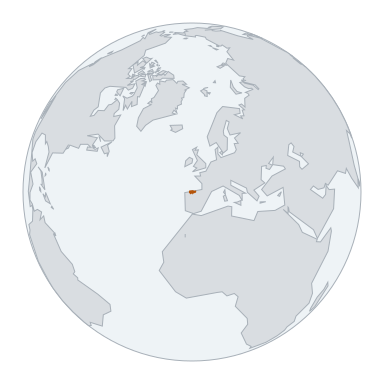 Asturias highlighted on a globe, orthographic projection
{"feature_id": "ESP-5805", "entity_name": "Asturias", "entity_type": "Autonomous Community", "adm_level": 1, "iso_a3": "ESP", "parent_name": "Spain", "parent_adm1": "", "projection": "orthographic", "projection_center": [-6.051, 43.278], "detail": "fine", "context": "on_globe", "style": "filled", "palette": "amber", "viewbox_px": 384, "rotation_deg": 0, "n_neighbors": 0, "source": "natural_earth", "source_scale": "10m", "svg_char_len": 10518}
<svg xmlns="http://www.w3.org/2000/svg" viewBox="0 0 384 384"><circle cx="192" cy="192" r="169" fill="#eef3f6" stroke="#a8b0b8"/><path d="M53.2,288.3L48.9,281.2L45.4,274.7L38.4,261.5L29.6,234.6L30.0,230.1L28.9,224.5L32.5,221.2L32.9,209.4L32.0,205.4L30.2,206.6L28.3,191.4L29.4,180.5L32.9,139.1L35.3,132.2L38.6,125.9L56.0,95.6L40.9,118.9L44.6,111.3L50.6,101.4L51.0,101.6L60.0,89.7L65.5,82.5L78.6,70.5L93.1,63.3L89.1,66.7L93.0,64.9L98.4,60.8L100.9,58.5L121.7,49.9L140.3,40.7L143.1,37.4L144.9,38.8L148.2,32.6L156.3,29.1L149.0,33.5L149.7,34.4L156.2,31.9L158.3,32.4L162.6,31.6L164.5,32.4L160.1,35.4L161.3,36.1L165.8,34.4L170.6,34.5L163.8,36.8L171.4,37.3L165.4,43.2L145.7,50.2L144.2,55.5L128.6,68.6L131.9,68.6L128.0,74.1L130.3,76.3L126.8,78.5L131.7,78.4L134.5,76.1L137.5,75.3L139.2,76.5L134.9,79.4L133.5,79.2L133.1,80.7L130.3,81.6L132.6,81.8L127.3,85.4L134.9,83.8L132.6,88.2L128.4,90.1L125.9,87.4L109.9,86.3L104.9,88.0L100.4,92.9L98.2,106.8L93.9,110.1L90.3,116.3L94.0,115.4L98.2,110.4L104.2,110.7L108.6,104.9L111.6,104.3L117.3,99.6L119.6,103.2L118.8,109.3L114.2,113.5L113.7,116.5L120.7,115.0L114.6,125.7L114.9,138.2L113.0,140.9L104.6,141.0L98.1,134.1L87.2,135.7L97.4,137.8L92.4,145.1L93.0,147.8L95.1,149.4L98.2,147.9L97.2,151.3L86.7,150.1L87.5,147.0L90.8,147.3L87.7,144.3L80.5,144.3L78.6,148.3L69.9,145.1L68.4,148.1L65.7,149.3L68.6,144.6L63.1,153.2L52.6,152.9L44.8,167.9L49.0,152.1L48.3,146.5L46.8,141.5L45.4,143.8L45.4,134.9L42.0,133.1L35.9,141.6L32.1,152.6L32.7,161.1L35.1,158.8L36.8,163.7L30.7,172.1L33.0,184.1L30.0,192.4L30.0,200.1L32.3,203.9L34.3,211.2L37.4,209.4L41.6,212.0L40.0,219.8L43.7,215.9L45.1,222.7L54.6,233.0L53.5,234.0L61.2,251.5L72.3,264.3L74.8,271.7L73.3,273.9L77.7,277.8L77.8,280.0L97.8,294.2L110.0,304.4L110.9,311.2L103.3,314.8L102.3,326.1L90.2,322.3L91.2,325.5L88.8,325.7L84.4,322.3L73.0,311.9L62.5,300.6L53.2,288.3ZM42.2,172.1L44.9,189.8L41.1,184.4L42.2,184.4L42.0,178.8L40.9,171.0L38.1,166.8L42.2,172.1ZM48.5,169.4L47.8,166.9L48.8,168.7L48.5,169.4ZM101.7,57.6L98.2,60.7L92.7,64.5L95.3,61.7L101.7,57.6ZM112.6,51.4L111.6,52.7L107.3,54.0L109.2,52.8L112.6,51.4ZM144.7,35.1L141.5,36.6L143.9,35.1L144.7,35.1ZM162.8,31.3L163.1,30.9L165.2,30.7L162.8,31.3ZM115.7,98.1L116.5,98.9L115.0,99.3L115.7,98.1ZM117.4,95.4L115.1,95.4L115.6,94.1L117.0,94.2L117.4,95.4ZM170.2,32.0L173.5,32.1L169.3,32.4L170.2,32.0ZM120.1,95.8L116.7,91.9L117.6,89.8L123.7,88.3L120.1,95.8ZM175.0,32.5L183.2,33.0L184.5,31.8L185.6,35.8L178.2,33.8L172.9,34.4L175.6,33.3L175.0,32.5ZM134.7,74.8L131.7,77.4L132.7,74.2L134.7,74.8ZM134.5,73.0L133.0,64.9L138.1,62.0L137.5,65.2L142.9,60.8L146.2,63.3L143.9,66.3L140.0,67.6L144.2,67.6L134.5,73.0ZM184.9,38.2L186.2,38.9L184.0,38.7L184.9,38.2ZM138.8,74.8L138.1,73.3L142.4,70.6L144.8,73.1L142.6,73.2L138.8,74.8ZM142.8,58.5L146.4,57.1L150.0,58.7L151.9,58.4L146.7,63.1L142.8,58.5ZM142.4,74.4L145.8,74.5L145.2,77.0L139.9,76.1L142.4,74.4ZM142.6,69.0L144.8,67.9L144.3,69.2L142.6,69.0ZM145.1,86.1L144.0,84.1L146.2,82.5L145.1,86.1ZM147.1,74.4L147.3,73.6L148.1,72.8L150.1,73.4L147.1,74.4ZM149.6,64.0L150.4,65.0L151.9,62.2L154.7,63.4L150.7,66.4L153.6,65.6L154.5,66.1L150.2,68.0L149.6,64.0ZM154.5,71.8L150.3,76.3L151.7,80.2L149.8,81.6L147.9,75.2L154.5,71.8ZM152.3,69.4L153.2,71.1L150.4,72.0L148.1,71.3L152.3,69.4ZM158.1,63.3L154.8,60.6L155.8,60.1L158.1,63.3ZM155.4,72.7L156.4,71.6L155.8,72.9L155.4,72.7ZM157.9,65.9L156.6,65.0L157.8,64.4L157.9,65.9ZM159.4,70.3L158.1,71.7L156.4,71.2L159.4,70.3ZM159.2,68.2L161.1,67.6L156.7,70.2L158.4,67.8L159.2,68.2ZM159.2,65.5L159.4,64.9L159.5,66.0L159.2,65.5ZM166.4,71.5L161.2,74.9L157.6,73.7L163.1,70.6L166.4,71.5ZM292.7,56.3L291.0,55.1L292.7,56.6L289.8,54.6L296.9,60.4L293.0,57.9L300.4,63.9L301.9,64.5L297.1,60.1L305.2,66.8L305.4,66.7L315.2,76.3L324.1,86.7L332.2,97.8L339.4,109.4L345.6,121.7L350.8,134.4L349.4,130.9L351.8,138.2L349.9,133.7L346.5,130.5L349.0,141.2L354.2,165.3L357.8,178.0L358.3,187.8L351.7,178.2L346.3,168.4L345.5,173.4L337.5,170.8L328.1,185.2L325.4,183.4L324.0,187.8L318.1,189.4L313.4,186.0L310.4,189.5L322.7,198.2L325.6,194.5L326.1,185.4L329.1,189.6L334.6,189.1L333.6,208.7L317.4,238.4L313.5,229.7L289.2,211.7L288.6,207.9L288.4,207.5L288.0,207.0L288.1,213.5L283.2,209.4L298.7,224.6L302.3,232.3L317.2,239.3L316.4,241.7L320.5,241.9L330.8,227.8L331.4,231.1L328.0,251.2L311.6,283.3L312.5,293.3L309.0,303.2L296.0,316.1L294.2,321.4L287.0,326.9L284.6,330.1L277.2,335.7L265.9,342.3L249.8,348.3L251.1,346.4L246.5,344.1L241.2,333.0L247.7,324.3L247.2,318.4L235.3,306.3L238.1,296.7L234.3,293.5L226.9,295.9L222.2,291.8L217.5,292.4L186.3,298.1L175.5,291.7L159.2,270.5L163.8,262.2L162.3,251.7L192.3,214.1L201.3,215.6L228.0,206.1L231.8,206.7L231.6,216.0L254.0,220.6L257.8,211.5L275.1,210.4L284.8,205.0L283.1,187.4L267.2,195.9L261.6,189.5L272.0,176.0L285.4,168.9L283.6,166.2L272.7,164.6L273.3,157.1L268.6,163.5L272.4,165.2L269.5,169.5L266.0,168.3L266.3,165.5L261.6,166.4L261.1,179.7L264.8,182.9L253.9,190.1L259.1,196.2L257.0,200.9L247.4,192.3L246.5,188.1L230.8,180.3L230.8,185.2L245.6,193.2L242.1,193.4L242.2,200.8L239.3,195.4L223.1,186.0L211.6,191.5L201.2,211.2L193.6,213.6L185.3,210.7L184.8,192.6L201.9,189.5L201.9,183.6L194.8,176.1L200.6,176.0L199.8,172.7L205.9,171.2L210.9,162.0L216.6,159.8L215.1,149.6L217.8,147.2L217.9,153.9L221.0,157.6L234.6,152.7L236.3,149.7L234.2,143.6L238.2,143.3L234.5,138.0L240.6,132.7L230.0,135.0L227.3,128.5L229.1,122.0L226.3,120.4L223.3,131.1L223.9,135.1L227.4,137.8L227.2,149.8L223.3,153.0L216.2,142.5L209.9,146.1L207.2,136.8L216.9,112.7L222.6,106.5L239.5,108.6L240.1,113.3L234.4,114.7L242.8,118.9L240.6,115.9L244.0,115.8L242.2,110.1L244.5,109.8L238.9,105.0L241.5,104.0L245.0,107.0L244.7,98.3L249.1,95.2L247.9,93.4L245.4,92.4L252.8,89.4L251.6,88.2L248.7,88.7L244.5,86.8L239.8,82.5L242.6,81.7L244.7,83.2L253.2,85.2L258.2,89.6L258.9,88.8L255.2,84.9L244.8,82.3L241.2,80.0L246.1,80.5L244.0,80.1L243.1,78.8L244.9,76.7L239.5,75.9L225.7,63.2L227.7,58.5L233.6,60.1L226.9,51.7L229.7,47.8L227.0,48.2L222.1,44.9L221.1,46.0L219.5,46.0L206.3,39.1L205.4,37.2L196.7,35.4L195.3,35.7L195.5,37.0L185.6,35.8L184.5,31.8L187.6,31.3L184.8,29.5L192.4,28.7L197.4,27.6L207.3,28.4L210.4,27.8L208.9,27.2L211.9,26.2L223.4,26.8L220.7,28.7L204.8,30.2L211.9,29.6L212.2,30.6L215.9,31.1L220.7,30.8L220.1,30.2L237.7,35.8L253.2,39.5L247.3,36.1L247.7,35.0L260.2,38.1L286.1,51.9L286.8,52.1L292.7,56.3ZM185.2,234.0L185.2,237.4L185.2,234.0ZM302.0,169.3L308.5,163.8L301.5,156.7L303.4,154.1L300.3,152.7L300.9,156.2L292.7,152.0L294.0,146.5L291.1,142.9L288.8,144.7L287.7,155.5L299.5,161.4L299.7,166.8L302.0,169.3ZM55.0,233.3L55.9,236.0L54.3,234.4L55.0,233.3ZM39.4,186.7L40.6,189.2L40.8,191.7L39.7,190.2L39.4,186.7ZM51.8,206.1L53.7,209.3L51.2,207.3L51.8,206.1ZM45.6,192.4L50.3,203.8L45.6,200.9L42.9,193.7L45.4,196.8L45.6,192.4ZM45.6,172.8L46.0,174.8L45.1,175.8L45.6,172.8ZM49.2,170.7L48.8,170.3L49.1,168.4L49.2,170.7ZM93.1,145.2L93.9,145.4L95.5,147.5L93.7,147.6L93.1,145.2ZM109.2,151.4L107.2,156.7L107.3,152.9L104.4,153.8L101.1,147.1L111.9,141.9L107.6,145.3L109.2,151.4ZM99.7,137.2L100.6,141.7L99.2,137.0L99.7,137.2ZM189.4,157.3L192.7,159.0L192.0,163.0L184.8,166.7L185.7,160.8L189.4,157.3ZM197.4,160.5L192.4,149.6L196.7,147.2L195.1,150.3L198.4,149.8L196.8,154.8L205.8,163.6L205.8,167.8L192.5,171.8L196.8,168.0L193.4,166.4L197.4,160.5ZM172.2,129.2L170.1,125.4L182.1,125.0L182.7,128.7L175.5,132.4L170.7,130.2L172.2,129.2ZM131.4,94.2L129.9,93.4L131.0,92.5L133.3,92.5L131.4,94.2ZM144.4,85.3L139.5,97.0L137.5,96.6L137.1,104.5L131.5,106.6L132.0,101.3L127.4,109.0L125.6,105.2L123.1,110.6L124.6,98.7L122.8,95.9L127.0,98.2L132.1,96.3L133.8,94.6L137.2,87.8L135.8,81.1L140.7,78.5L144.5,78.4L145.6,79.6L142.1,80.9L146.1,81.6L141.8,84.4L144.4,85.3ZM186.5,84.2L182.0,84.3L189.3,87.8L185.0,90.0L186.1,90.3L184.2,93.3L183.8,97.6L181.5,98.1L182.3,99.6L181.1,101.8L181.5,104.1L177.4,105.9L177.5,108.9L175.5,108.1L176.9,112.9L174.0,110.2L172.2,113.0L175.9,114.1L153.0,120.1L145.6,125.3L140.9,131.3L136.7,126.3L138.4,117.8L143.4,108.7L151.1,104.7L147.8,103.4L150.6,101.1L152.0,103.1L151.4,98.8L154.0,97.5L158.5,90.5L155.9,85.5L157.5,83.0L159.8,84.3L159.7,80.9L165.2,81.9L166.4,80.2L173.0,79.6L176.8,83.4L177.9,81.3L182.9,81.0L186.5,84.2ZM168.2,71.5L173.7,75.2L174.1,78.4L162.4,78.2L160.6,79.6L153.1,79.9L152.7,75.5L154.9,75.8L156.9,75.0L156.2,76.7L158.3,74.8L161.3,75.2L163.8,73.9L164.9,75.4L168.2,71.5ZM234.4,202.4L237.1,202.1L240.8,200.5L240.9,205.3L234.4,202.4ZM223.3,196.2L225.5,195.0L227.5,200.7L224.7,201.2L223.3,196.2ZM224.9,189.7L225.4,194.5L223.5,192.2L224.9,189.7ZM219.7,152.6L221.8,151.2L222.7,152.4L222.3,154.9L219.7,152.6ZM207.2,96.5L204.5,95.8L204.7,94.8L200.6,90.9L203.4,89.3L207.0,90.9L207.2,96.5ZM281.4,191.7L279.6,196.3L277.7,195.6L278.7,194.2L281.4,191.7ZM260.1,201.9L265.8,201.7L260.1,203.2L260.1,201.9ZM209.5,94.1L207.5,92.6L210.2,92.7L209.5,94.1ZM205.3,87.9L208.1,87.5L203.3,88.6L205.3,87.9ZM328.0,285.9L314.6,306.9L309.5,311.3L310.7,308.2L317.2,297.1L323.9,289.3L327.8,282.2L328.0,285.9ZM358.1,178.6L359.7,182.8L359.7,186.4L358.1,178.6ZM230.7,80.0L233.3,87.0L237.0,91.5L242.0,92.9L236.0,94.2L230.3,87.3L230.7,80.0ZM226.1,65.2L221.7,64.4L222.8,63.1L223.9,63.1L226.1,65.2ZM224.0,66.0L220.1,68.3L217.1,66.8L220.8,65.2L224.0,66.0ZM215.0,80.6L215.6,82.8L213.4,82.6L215.0,80.6ZM257.0,36.0L258.4,36.7L262.7,38.5L254.7,35.4L249.9,33.3L250.5,33.5L252.6,34.3L257.0,36.0ZM251.3,34.1L253.4,35.1L245.9,34.8L243.1,34.4L246.3,32.9L248.4,33.8L251.0,34.4L251.3,34.1ZM187.4,38.2L186.4,38.8L186.2,38.0L187.4,38.2ZM219.1,46.7L216.8,46.5L216.7,45.4L219.1,46.7ZM210.4,45.5L212.2,46.9L209.1,45.7L210.4,45.5ZM216.4,50.0L212.3,47.6L217.9,49.5L216.4,50.0Z" fill="#d9dde1" stroke="#a8b0b8" stroke-width="1"/><path d="M189.9,191.4L189.9,191.2L190.0,191.2L190.3,191.1L190.5,191.1L190.8,191.1L191.0,191.2L191.3,191.1L191.5,191.1L191.9,191.1L192.0,191.1L192.3,191.1L192.3,190.9L192.5,190.9L192.7,191.1L192.8,191.1L193.3,191.2L193.4,191.3L193.5,191.3L193.5,191.2L193.8,191.3L194.1,191.4L194.3,191.5L194.3,191.4L194.6,191.5L194.8,191.6L195.3,191.6L195.2,191.8L195.3,191.8L195.3,192.0L195.2,192.0L195.2,191.9L195.1,192.0L194.9,192.0L194.7,192.2L194.3,192.2L194.2,192.2L194.2,192.3L194.0,192.5L193.9,192.5L193.6,192.6L193.4,192.6L193.2,192.7L193.1,192.8L193.1,192.7L192.9,192.7L192.7,192.7L192.7,192.8L192.4,192.9L192.2,192.8L192.2,192.7L191.9,192.6L191.7,192.7L191.6,192.8L191.5,192.7L191.4,192.7L191.2,192.7L191.2,192.8L191.1,193.0L190.9,193.1L190.7,193.0L190.4,193.1L190.3,192.9L190.2,192.8L190.1,192.7L190.1,192.8L190.0,192.7L190.3,192.5L190.3,192.4L190.2,192.3L190.0,192.2L189.9,192.2L189.8,191.9L189.7,191.9L189.7,191.7L189.8,191.5L189.9,191.4L189.9,191.4Z" fill="#f59e0b" stroke="#b45309" stroke-width="1.5"/></svg>